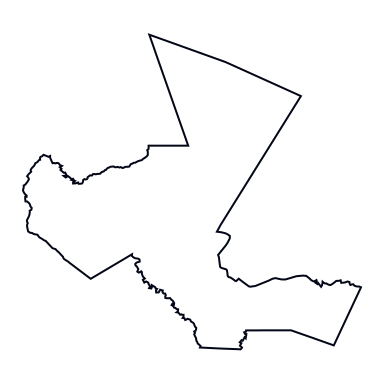 the district of Gilbués, Piauí, Brazil
{"feature_id": "56859067B46664725205150", "entity_name": "Gilbués", "entity_type": "district", "adm_level": 2, "iso_a3": "BRA", "parent_name": "Brazil", "parent_adm1": "Piauí", "projection": "orthographic", "projection_center": [-45.496, -9.578], "detail": "fine", "context": "isolated", "style": "outline", "palette": "ink", "viewbox_px": 384, "rotation_deg": 0, "n_neighbors": 0, "source": "geoboundaries", "source_scale": "gbopen_adm2", "svg_char_len": 4367}
<svg xmlns="http://www.w3.org/2000/svg" viewBox="0 0 384 384"><path d="M28.1,231.4L30.2,232.8L32.0,232.9L33.5,233.9L34.9,234.3L37.4,234.7L39.3,237.3L42.6,239.2L43.9,240.2L45.7,240.9L52.5,248.2L55.5,249.1L56.9,250.7L59.0,252.5L60.6,254.3L63.0,256.8L63.4,258.2L64.3,259.2L68.1,261.6L69.5,262.8L90.7,278.8L93.9,276.9L132.0,254.3L131.8,255.8L133.0,257.0L134.9,258.2L136.4,258.4L138.2,258.7L139.5,259.5L139.7,261.6L136.5,262.6L135.2,264.0L135.6,265.6L136.7,266.3L138.3,269.1L137.3,271.6L138.9,272.6L141.2,271.3L141.9,272.1L141.8,273.6L142.9,276.6L144.8,278.5L142.9,279.8L144.3,282.6L146.1,281.5L148.3,282.6L148.6,284.1L150.1,286.2L149.1,288.1L151.3,288.5L152.0,286.9L151.9,285.2L155.3,287.3L155.7,288.6L157.0,288.9L156.0,290.6L156.2,292.5L158.7,292.4L159.5,290.9L160.1,289.7L162.8,290.5L162.4,291.9L163.5,293.5L165.2,293.6L165.8,295.2L165.2,296.5L165.4,298.0L166.5,298.2L168.8,298.2L170.1,298.1L171.1,299.5L172.5,300.5L173.6,301.9L174.2,303.3L173.8,305.2L172.4,303.8L171.6,305.1L172.8,305.8L173.6,306.6L174.0,307.6L175.3,307.9L176.8,309.2L178.1,309.3L177.9,311.4L176.7,312.3L178.4,312.6L180.1,314.7L181.2,314.3L182.2,314.9L183.5,314.8L183.5,316.8L182.7,317.9L184.4,318.2L185.2,320.0L186.5,319.5L187.5,318.8L188.9,319.2L190.2,319.7L191.1,321.6L192.9,322.6L193.8,323.5L194.3,324.7L195.0,326.6L196.2,327.7L196.2,328.9L195.6,330.7L194.2,331.5L195.0,332.8L194.2,334.3L195.2,336.6L196.0,338.0L196.4,340.8L197.2,341.9L197.7,343.5L199.0,344.5L200.6,346.1L200.0,347.5L219.7,348.5L240.6,349.3L241.4,348.5L242.0,347.6L240.9,346.5L240.0,345.8L240.7,344.3L241.4,343.2L239.8,342.3L241.7,340.1L242.7,340.7L243.7,339.0L244.6,337.2L245.7,338.3L245.9,336.9L246.4,334.1L245.0,333.9L244.2,332.3L245.9,331.7L246.1,330.4L291.0,330.3L300.4,333.6L314.4,338.5L333.8,345.4L361.0,287.3L359.1,286.5L357.3,286.5L355.7,286.2L354.2,285.5L353.4,284.3L352.2,284.3L350.4,285.0L349.7,283.9L349.4,282.0L347.6,281.5L344.8,282.5L341.3,282.9L340.6,280.3L339.2,280.8L336.3,280.9L334.3,282.5L332.6,283.8L330.6,285.0L329.2,284.9L327.8,284.3L326.5,283.5L324.9,283.4L323.8,282.8L322.6,281.7L322.4,283.5L322.0,285.3L321.1,286.8L318.2,283.1L317.5,284.1L315.5,282.7L316.8,281.5L316.4,280.1L314.7,281.2L313.3,281.3L311.1,280.1L309.8,278.7L306.3,275.9L303.0,275.6L296.5,276.2L285.3,279.5L281.3,279.4L275.4,278.1L272.4,278.8L269.0,280.5L255.3,286.0L250.3,286.7L248.9,286.4L242.8,281.9L238.7,278.7L237.4,280.0L236.1,281.1L234.9,280.7L233.5,279.5L230.5,277.5L228.7,277.1L227.7,276.0L227.3,272.3L226.9,270.2L226.0,269.3L223.8,268.6L221.6,268.0L220.2,267.0L219.7,263.7L218.9,257.1L218.1,255.0L220.7,251.7L225.8,245.4L227.5,242.9L229.7,238.6L229.9,236.0L228.1,234.6L225.5,233.3L221.5,232.3L216.9,231.7L220.8,224.6L245.0,185.8L300.9,96.1L225.6,62.1L156.0,37.1L149.3,34.7L153.1,45.5L156.0,53.9L188.2,145.7L167.4,145.7L156.0,145.7L148.6,145.7L148.6,147.9L148.5,149.1L147.2,150.2L147.8,151.6L147.8,155.0L146.9,156.2L145.0,157.7L142.9,159.0L141.9,160.1L140.7,160.4L138.2,161.1L135.2,162.7L133.6,162.8L132.5,163.6L130.8,164.1L129.3,166.6L127.0,166.8L125.1,166.9L123.8,167.7L122.4,168.0L120.8,167.1L119.2,167.5L117.6,166.9L115.8,167.3L114.6,167.1L113.7,166.5L112.1,166.6L110.4,166.8L108.9,167.6L107.7,168.0L106.7,168.9L106.1,169.8L105.0,170.1L103.7,171.4L101.5,172.2L100.2,173.7L98.7,173.9L97.4,173.9L95.7,174.3L94.3,174.0L92.9,174.2L92.0,175.5L90.0,175.4L89.1,176.1L87.7,177.1L87.5,178.3L86.8,179.2L85.4,179.5L84.3,179.1L83.2,180.0L82.8,182.4L82.0,183.5L80.6,183.7L78.6,183.8L78.1,182.5L75.5,183.4L73.1,183.5L73.1,182.3L74.9,181.0L72.4,180.2L73.7,179.8L73.0,178.8L71.4,179.2L70.0,177.6L67.9,176.1L65.8,177.5L63.7,175.9L66.7,175.4L65.2,172.6L63.9,172.8L62.4,171.6L60.5,169.9L61.5,168.8L59.8,167.2L61.9,165.9L60.0,165.1L58.5,163.2L56.9,162.9L55.5,163.4L54.2,163.0L52.6,163.2L51.6,161.1L50.1,157.7L50.1,156.0L48.4,156.8L45.7,155.6L44.6,155.3L43.5,154.8L42.1,156.3L40.6,156.8L40.0,157.9L40.1,159.8L38.7,160.3L37.5,162.0L35.4,163.2L34.2,165.7L32.1,167.8L31.0,169.2L30.6,170.3L31.2,171.7L29.8,173.0L28.9,173.8L27.1,176.2L28.4,177.7L28.9,179.2L27.6,181.6L26.6,182.9L25.2,184.7L23.7,185.5L23.7,187.6L23.0,190.0L23.3,191.3L24.0,192.7L25.3,194.4L26.6,195.5L26.6,196.8L25.2,196.8L25.2,199.3L25.5,201.4L27.2,201.5L29.3,203.4L30.0,204.7L30.5,206.5L31.7,207.9L31.4,209.7L29.7,210.7L29.8,212.5L29.4,214.9L28.7,216.8L27.3,219.5L26.9,220.6L27.1,221.9L27.8,223.1L27.2,224.4L27.0,226.0L28.1,231.4Z" fill="none" stroke="#020617" stroke-width="2"/></svg>